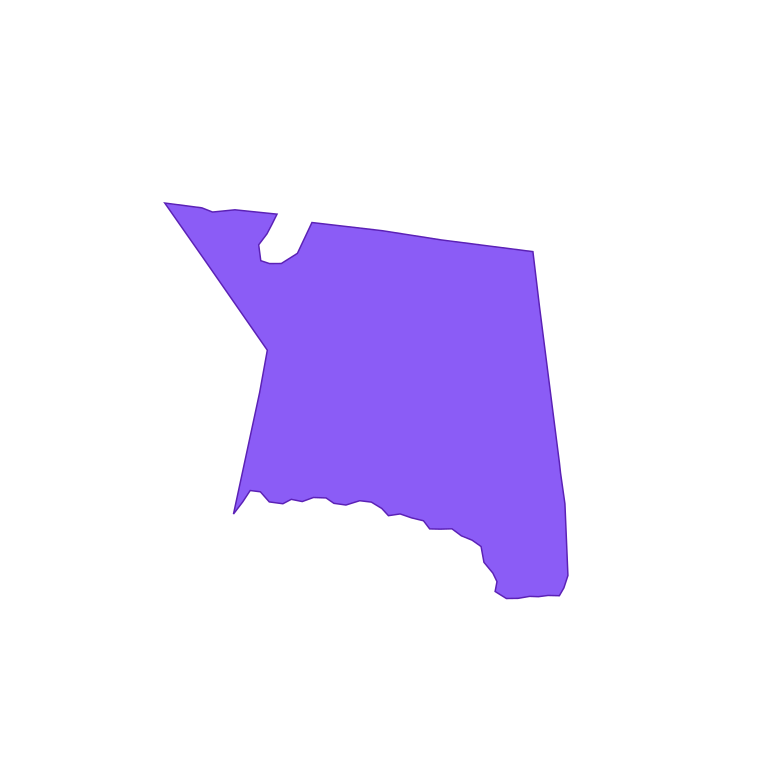 Umbaúba, Sergipe, Brazil, rotated 325°
{"feature_id": "56859067B33305464141622", "entity_name": "Umbaúba", "entity_type": "district", "adm_level": 2, "iso_a3": "BRA", "parent_name": "Brazil", "parent_adm1": "Sergipe", "projection": "orthographic", "projection_center": [-37.678, -11.396], "detail": "fine", "context": "isolated", "style": "filled", "palette": "violet", "viewbox_px": 768, "rotation_deg": 325, "n_neighbors": 0, "source": "geoboundaries", "source_scale": "gbopen_adm2", "svg_char_len": 915}
<svg xmlns="http://www.w3.org/2000/svg" viewBox="0 0 768 768"><g transform="rotate(325 384 384)"><path d="M393.8,183.5L361.8,155.8L342.2,144.8L335.9,135.3L308.2,110.0L308.2,136.8L308.2,178.4L307.8,289.4L277.3,319.6L186.1,404.2L200.8,399.5L213.3,394.5L220.9,401.4L222.4,414.8L232.5,424.1L241.9,425.3L249.6,433.4L261.1,436.5L271.2,444.1L274.5,453.0L283.4,461.3L297.2,465.7L305.9,473.5L310.8,484.7L312.1,494.4L322.7,499.7L329.8,509.5L337.9,518.7L338.3,528.9L346.9,535.2L356.6,541.6L360.3,552.8L366.6,562.5L370.3,572.8L363.6,587.4L364.7,601.4L363.2,610.7L356.0,617.7L361.2,629.9L370.9,636.5L381.5,641.5L388.5,646.8L397.1,651.3L406.2,658.0L414.4,654.2L424.8,646.4L463.5,585.9L477.6,558.1L482.7,548.8L555.6,410.1L581.9,361.0L513.2,298.5L470.6,257.5L417.6,210.4L388.0,227.3L369.0,226.4L359.3,219.7L353.8,212.3L361.2,198.1L374.2,193.9L383.7,189.0L393.8,183.5Z" fill="#8b5cf6" stroke="#5b21b6" stroke-width="1.5"/></g></svg>